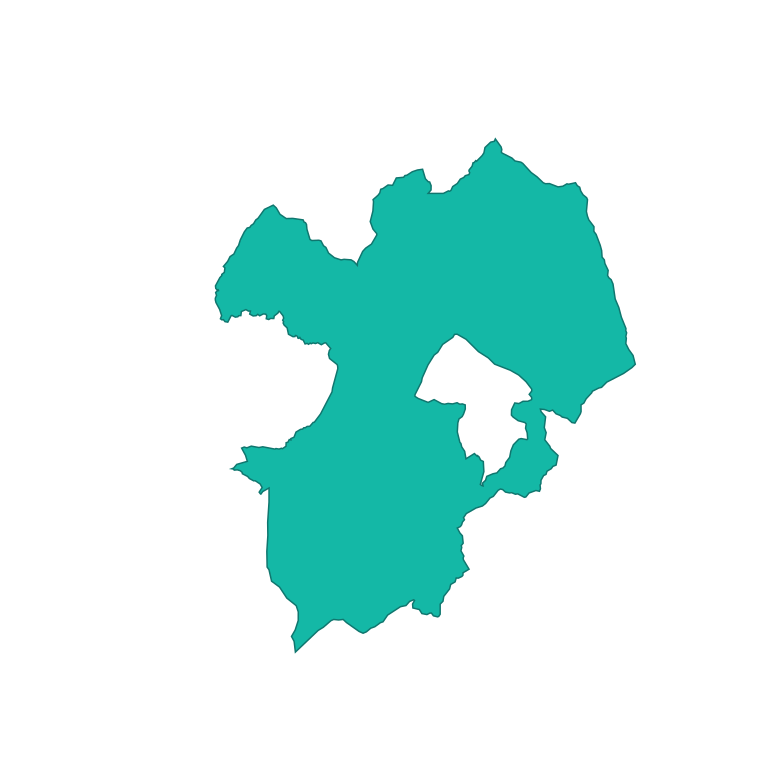 Mufindi, Iringa, United Republic of Tanzania (orthographic projection), rotated 123°
{"feature_id": "72390352B52349151211707", "entity_name": "Mufindi", "entity_type": "district", "adm_level": 2, "iso_a3": "TZA", "parent_name": "United Republic of Tanzania", "parent_adm1": "Iringa", "projection": "orthographic", "projection_center": [35.243, -8.57], "detail": "fine", "context": "isolated", "style": "filled", "palette": "teal", "viewbox_px": 768, "rotation_deg": 123, "n_neighbors": 0, "source": "geoboundaries", "source_scale": "gbopen_adm2", "svg_char_len": 6172}
<svg xmlns="http://www.w3.org/2000/svg" viewBox="0 0 768 768"><g transform="rotate(123 384 384)"><path d="M230.6,184.0L224.4,190.7L221.8,197.4L218.4,203.2L213.6,205.7L212.4,207.1L208.9,208.4L207.7,210.2L205.7,211.3L198.7,221.3L192.0,228.7L186.8,236.4L175.4,246.4L172.8,250.3L172.4,253.4L171.2,255.6L166.6,257.9L162.6,264.4L159.9,266.8L158.8,270.2L153.5,274.2L149.9,278.2L143.0,287.6L141.7,291.1L137.7,293.6L134.8,301.6L132.5,304.7L129.1,308.2L118.6,313.7L117.4,315.5L116.9,320.1L115.0,324.1L112.4,327.0L112.4,329.9L110.9,333.0L115.9,338.0L116.5,339.6L120.7,341.7L123.9,345.4L125.8,354.4L128.1,357.7L128.5,360.1L126.9,368.5L126.5,375.7L123.4,387.8L123.4,390.0L125.6,395.6L124.8,399.8L126.0,410.8L125.6,411.9L123.2,412.9L121.4,414.9L117.8,424.1L120.4,423.7L123.1,426.3L130.7,428.1L135.7,426.1L139.0,426.1L146.8,427.7L146.7,428.7L149.2,429.0L149.9,429.8L153.5,428.7L158.0,429.2L159.1,428.8L160.1,427.2L162.1,426.8L165.0,429.3L167.4,429.6L170.6,431.6L175.9,431.7L181.0,433.9L185.2,433.3L186.7,434.0L187.0,435.2L191.8,438.0L200.1,450.8L195.7,450.2L192.0,452.5L189.7,455.7L190.3,457.1L189.3,461.1L182.9,468.6L186.3,472.5L190.6,475.9L196.4,478.5L197.8,480.0L199.9,480.1L204.5,485.9L212.7,485.0L214.9,489.0L220.6,491.3L222.5,492.8L226.0,491.6L228.9,491.8L235.3,493.6L236.8,492.1L245.0,487.5L255.3,484.0L260.1,477.6L261.8,472.1L262.9,471.2L273.5,470.7L280.1,473.4L284.4,474.1L296.5,472.4L299.0,471.0L297.7,475.9L297.8,479.2L301.2,485.4L303.3,487.6L305.1,494.3L304.4,501.8L301.1,507.1L301.0,510.0L298.3,514.8L298.9,516.9L303.0,522.7L303.1,524.8L296.2,532.9L292.4,535.9L291.5,537.7L291.7,539.3L290.4,541.2L294.8,550.7L298.5,556.1L298.3,563.7L295.0,570.2L294.3,574.3L302.7,579.4L313.6,579.9L316.3,580.9L320.7,580.7L323.4,581.8L325.8,581.9L327.7,583.7L332.3,584.0L341.3,583.0L347.1,581.4L350.3,581.6L356.8,580.7L360.9,582.5L366.3,581.9L372.9,582.7L373.2,580.7L377.4,578.7L380.4,579.8L381.3,579.1L384.1,579.6L393.5,578.8L395.5,577.1L395.9,575.4L395.2,574.5L395.8,573.7L397.2,574.8L399.0,575.0L400.9,572.7L403.9,572.2L405.4,571.2L407.2,569.3L411.0,562.4L415.1,557.4L418.4,556.7L418.5,554.9L417.5,553.7L418.3,551.3L417.2,548.7L410.3,549.4L409.3,548.9L408.9,545.1L407.2,543.2L405.9,543.1L404.6,541.3L400.9,543.1L396.8,540.3L396.7,537.5L395.6,535.7L398.5,534.7L398.2,530.8L396.3,528.4L394.3,527.8L394.5,525.4L391.0,523.4L389.8,521.2L390.6,519.5L393.4,518.3L392.7,515.8L390.8,514.8L389.1,512.1L386.7,513.1L382.3,511.6L380.2,511.7L380.0,511.0L381.8,505.8L383.4,504.0L385.7,503.7L386.3,502.2L387.8,501.8L389.0,499.8L389.7,495.8L394.3,491.2L393.9,486.1L392.7,484.5L391.6,484.7L391.2,483.9L391.3,482.5L392.4,481.2L392.1,480.2L390.8,479.9L391.7,477.9L391.2,475.6L393.4,472.0L391.8,470.6L391.8,468.9L389.9,468.2L389.9,467.0L388.2,465.9L387.4,463.5L385.4,462.1L385.2,458.0L381.7,456.1L381.2,455.2L383.3,448.0L385.7,448.1L389.3,446.8L392.3,443.5L393.2,433.8L394.4,432.5L396.3,431.1L415.3,425.0L418.9,423.3L443.7,420.9L454.0,421.6L454.8,422.5L459.9,423.2L461.5,425.4L463.4,426.1L464.5,427.5L466.1,427.7L467.5,429.3L472.2,431.6L477.7,430.5L480.5,432.4L481.6,431.6L482.2,433.2L485.2,432.9L486.5,434.1L489.6,432.3L493.5,433.9L493.8,435.1L495.7,436.5L497.0,439.5L498.0,440.0L502.7,451.5L505.4,454.3L508.4,461.5L512.2,464.2L513.0,466.9L515.3,468.5L519.3,461.2L523.3,456.5L531.6,463.7L536.4,464.3L538.0,465.5L537.3,463.9L537.8,462.7L535.9,460.3L535.0,457.3L535.4,454.8L536.4,453.9L535.8,448.0L536.6,445.4L536.2,440.6L535.3,439.3L535.3,433.4L537.2,429.8L542.7,429.8L543.4,427.9L543.4,427.3L540.2,427.1L533.8,423.8L545.7,416.1L563.4,406.2L574.3,398.9L588.2,391.1L601.2,382.3L602.4,379.3L610.6,370.9L611.2,361.0L616.5,348.9L617.7,336.9L621.8,331.8L629.1,327.1L638.7,324.5L646.1,324.1L648.8,319.2L657.1,312.3L626.5,305.0L621.1,302.4L611.4,299.6L608.9,298.0L606.6,293.5L603.7,290.0L604.5,285.6L605.1,270.1L604.4,265.8L601.5,263.8L596.0,262.1L592.6,259.5L586.1,257.0L584.0,255.3L575.8,255.1L561.8,248.9L557.8,244.9L552.4,244.1L548.8,241.6L548.9,240.5L553.0,240.2L556.1,237.8L553.9,231.5L555.9,227.2L554.0,222.4L551.2,220.8L550.3,219.4L551.5,216.3L550.1,212.2L549.1,211.5L546.5,211.5L538.0,217.0L534.1,216.2L529.6,218.2L520.2,217.4L515.8,218.9L511.2,216.6L507.4,217.8L506.3,215.9L503.1,213.9L501.6,213.6L499.2,214.9L493.0,211.8L488.2,221.6L486.8,222.9L484.8,223.3L482.0,228.6L478.7,229.8L477.5,231.2L474.4,230.9L468.6,235.6L467.6,239.2L464.9,244.1L461.9,242.3L459.8,242.2L457.1,243.0L454.0,242.6L452.8,244.5L447.8,244.4L437.9,239.3L432.7,235.0L428.8,233.7L421.9,233.0L418.7,231.1L411.0,230.4L408.7,229.2L407.9,227.0L408.5,223.3L407.0,219.4L405.6,217.7L404.9,213.8L403.3,212.0L402.6,204.6L401.5,203.5L396.4,203.0L390.6,198.6L389.3,195.2L386.7,195.7L383.7,198.1L382.2,198.1L379.2,199.9L373.8,200.3L371.6,198.9L368.4,199.8L363.9,197.6L361.1,197.5L358.3,195.5L349.2,199.1L347.3,209.2L345.9,211.0L343.2,218.8L336.5,221.5L333.3,225.8L323.5,230.6L321.7,237.1L319.9,239.2L318.0,235.6L316.8,230.4L314.0,228.3L315.3,223.5L314.4,219.1L314.7,216.6L312.9,211.5L314.0,205.4L312.8,202.6L302.0,203.1L299.8,203.7L294.2,207.4L291.1,206.0L286.3,206.4L278.2,205.0L276.6,205.3L270.4,201.7L268.3,199.7L261.1,198.2L244.6,188.8L235.2,185.0L230.6,184.0ZM356.9,240.9L364.5,242.4L370.9,241.2L377.0,238.7L383.5,239.1L386.9,237.9L389.7,238.5L391.6,240.1L397.1,240.9L399.9,243.7L405.5,247.5L409.5,246.4L413.6,247.4L415.5,245.4L415.9,246.5L415.8,248.5L403.1,252.5L394.9,258.5L395.2,261.5L393.4,264.5L393.1,266.5L393.8,266.5L393.1,270.3L402.1,274.5L396.5,279.7L394.4,284.6L391.9,287.2L391.7,288.5L384.3,296.4L376.4,300.9L372.5,302.1L368.8,300.7L366.0,300.9L360.7,302.2L357.3,304.5L358.0,307.4L359.7,309.5L359.9,312.5L363.4,315.7L365.4,319.7L367.9,322.1L369.1,324.9L369.8,333.5L375.4,337.0L377.5,347.4L377.5,351.3L376.1,352.2L361.7,353.8L358.0,355.3L344.0,357.5L332.4,357.7L328.1,356.2L318.9,356.4L307.4,351.7L304.0,351.9L302.4,349.8L301.8,339.5L305.4,322.4L305.3,310.7L307.1,302.1L303.7,285.7L303.1,276.0L304.7,266.2L307.8,257.4L309.4,256.3L313.6,256.6L314.7,253.1L316.3,251.8L317.1,251.9L320.1,253.9L322.8,258.0L326.9,260.2L328.7,264.0L336.1,263.0L340.7,260.2L341.4,257.8L341.7,251.5L339.6,244.9L340.0,243.0L344.0,241.2L346.9,237.4L351.8,233.6L352.8,233.8L355.1,239.3L356.9,240.9Z" fill="#14b8a6" stroke="#0f766e" stroke-width="1.5"/></g></svg>